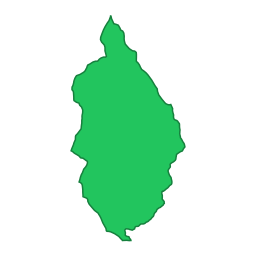 Shermung, Mongar, Bhutan (Natural Earth projection)
{"feature_id": "84629894B23969892621665", "entity_name": "Shermung", "entity_type": "district", "adm_level": 2, "iso_a3": "BTN", "parent_name": "Bhutan", "parent_adm1": "Mongar", "projection": "natural_earth1", "projection_center": [91.364, 27.466], "detail": "fine", "context": "isolated", "style": "filled", "palette": "green", "viewbox_px": 256, "rotation_deg": 0, "n_neighbors": 0, "source": "geoboundaries", "source_scale": "gbopen_adm2", "svg_char_len": 5140}
<svg xmlns="http://www.w3.org/2000/svg" viewBox="0 0 256 256"><path d="M163.4,191.2L163.5,191.0L164.5,190.5L165.9,189.2L166.3,188.9L167.9,187.7L169.7,185.5L171.2,184.5L171.7,183.8L171.9,182.1L171.8,181.0L171.3,178.9L171.1,177.7L170.6,176.8L169.5,175.3L169.1,174.3L168.4,172.3L168.1,171.3L168.1,170.4L168.4,169.8L168.8,169.0L169.2,168.5L169.6,167.9L170.2,167.2L170.3,166.8L170.3,166.3L170.2,165.3L170.1,164.7L170.2,164.1L171.5,162.9L173.0,162.1L174.0,161.4L175.2,160.3L175.6,159.7L175.9,158.8L175.9,157.9L176.2,156.7L176.4,155.2L176.6,154.4L177.3,153.8L178.6,152.9L179.9,152.0L180.9,151.5L182.1,151.1L182.5,150.7L183.4,148.9L184.2,147.8L184.9,147.0L184.9,146.7L184.7,145.9L184.5,144.9L184.2,143.9L183.8,143.1L183.0,142.0L182.2,140.5L181.6,139.3L180.9,138.3L180.5,137.9L180.4,137.3L180.4,136.9L180.3,136.3L180.1,135.6L179.9,134.8L179.7,133.5L179.8,132.6L179.8,131.7L179.9,131.0L180.0,129.8L179.8,129.2L179.7,128.3L179.6,127.9L179.5,126.3L179.5,124.7L179.4,123.8L179.3,123.5L178.4,122.4L177.8,121.4L176.7,120.4L175.7,120.2L174.8,119.7L173.9,118.9L173.7,118.2L173.5,116.7L173.6,115.0L173.1,113.3L172.8,112.2L172.5,110.6L172.6,108.5L172.2,107.6L171.6,106.3L170.8,104.5L169.1,104.9L167.5,104.5L165.8,103.7L164.6,102.5L163.8,101.5L162.1,99.5L158.8,95.0L157.5,91.4L157.2,88.8L155.0,85.7L151.7,80.1L149.2,76.7L147.9,74.9L146.2,73.0L144.1,71.2L141.7,69.5L140.4,67.2L139.5,65.1L138.1,63.0L136.4,61.4L136.3,60.3L136.4,57.2L136.4,54.2L136.2,52.4L134.7,51.1L132.5,50.8L129.3,48.7L127.5,46.7L125.2,44.0L124.4,41.1L124.1,38.9L124.2,36.1L123.8,33.1L122.7,31.1L120.7,30.0L120.0,28.2L118.3,25.2L116.3,24.4L113.8,23.7L113.1,22.1L111.5,18.6L111.2,17.0L110.6,15.4L110.5,16.7L109.8,18.5L109.1,20.5L107.4,22.9L105.1,26.7L103.5,29.9L102.0,33.7L100.7,37.3L100.5,39.6L101.6,42.0L104.3,45.0L105.0,47.4L105.0,50.8L105.9,54.2L106.4,56.4L105.6,57.1L103.4,57.1L100.8,58.1L99.2,59.3L98.0,60.8L97.4,61.2L95.5,61.2L93.0,62.0L89.9,64.0L87.8,65.0L87.2,66.2L86.8,67.7L86.0,69.1L85.3,70.5L84.6,71.4L83.8,72.1L82.8,72.8L81.5,73.5L80.3,74.3L79.3,74.7L77.8,75.2L76.5,75.7L75.7,76.9L75.0,78.1L74.4,79.7L73.9,81.2L73.7,82.7L73.3,84.2L72.9,85.6L72.1,87.0L72.0,88.3L72.0,89.1L72.0,89.7L72.2,90.0L73.2,91.2L73.5,92.6L73.6,94.3L73.8,97.1L73.8,99.2L74.0,100.6L74.6,100.9L75.1,101.4L76.2,102.1L77.3,102.6L78.4,102.9L79.0,103.2L79.2,103.6L79.4,104.5L79.8,105.3L80.5,106.0L81.5,107.0L81.8,107.7L82.1,108.5L82.5,109.3L82.7,110.3L82.7,111.3L82.6,113.1L82.3,114.3L82.1,115.3L82.0,116.6L82.1,118.3L81.8,120.4L81.8,122.7L81.8,123.1L81.5,124.9L81.3,126.7L81.2,128.2L80.9,129.2L80.1,130.2L77.4,133.8L76.3,134.9L75.8,135.5L75.5,136.3L75.4,138.8L75.4,139.6L75.0,140.5L74.2,142.3L73.8,143.3L73.5,144.6L72.3,147.5L71.7,149.0L71.1,150.8L72.1,151.3L73.0,151.9L74.0,152.9L74.3,153.1L75.4,153.8L77.0,154.7L78.3,155.5L79.4,156.3L80.1,157.3L80.6,157.8L81.3,158.0L82.3,158.1L83.2,158.3L84.2,159.1L85.2,159.8L86.4,160.7L87.3,161.3L87.5,162.0L87.2,164.0L86.8,165.0L85.9,166.6L84.4,168.4L83.7,169.2L83.3,170.4L82.3,173.0L81.4,174.5L80.6,176.7L80.3,177.7L79.8,179.9L79.7,180.1L79.3,181.3L79.1,182.0L80.1,182.4L81.2,183.2L81.7,183.8L82.1,184.6L82.3,185.5L82.6,187.9L82.8,190.1L82.8,192.0L82.9,193.7L83.0,195.1L83.0,196.7L83.2,196.8L85.3,197.6L86.7,198.2L87.7,199.4L87.9,201.5L89.2,204.2L94.5,210.4L98.1,213.1L98.8,214.4L99.9,216.1L101.0,218.3L102.8,222.8L106.0,228.5L106.1,229.2L106.3,230.6L106.5,231.0L107.0,231.3L108.7,231.4L110.6,231.8L114.7,233.7L118.8,236.4L120.9,238.8L122.2,240.0L122.4,240.5L124.7,240.4L126.7,240.3L128.4,240.5L129.2,240.6L130.9,240.5L130.8,240.1L130.6,239.4L130.3,239.1L129.8,238.7L129.4,238.0L129.1,237.1L128.8,236.7L128.2,236.6L127.3,236.4L126.6,236.3L126.1,235.9L125.6,235.5L125.2,235.1L125.3,234.7L125.3,234.0L125.4,233.3L125.4,232.6L125.3,232.3L125.1,231.6L124.9,231.0L124.8,230.4L124.9,230.1L125.1,229.6L125.6,229.1L126.2,228.8L126.6,228.9L127.1,228.9L127.8,229.0L128.5,229.0L129.4,229.4L129.7,229.5L130.1,229.6L131.0,229.8L131.7,230.0L132.1,230.1L132.3,230.1L132.6,230.0L132.9,229.8L133.5,229.4L133.9,229.2L134.2,229.1L134.6,228.9L134.8,228.0L134.9,227.6L135.2,227.0L135.5,226.7L136.0,226.5L136.7,226.4L137.5,226.4L138.0,226.3L138.4,226.2L139.4,225.4L139.7,225.1L139.9,224.7L140.5,224.2L140.9,224.0L141.3,224.0L141.8,224.0L142.1,224.0L142.8,223.9L143.3,223.9L143.6,223.9L144.4,223.6L144.8,223.4L145.1,223.2L146.1,222.3L146.4,222.1L146.7,222.0L147.4,221.8L147.8,221.6L148.3,221.2L148.8,220.8L149.0,220.5L149.4,220.0L149.7,219.8L150.5,219.5L150.7,219.1L151.2,218.7L151.5,218.3L151.7,217.9L152.3,217.3L152.9,216.8L153.6,215.9L153.7,215.6L153.9,214.8L154.1,214.0L154.4,213.5L154.8,212.9L155.1,212.5L155.3,212.3L155.8,211.9L156.0,211.6L156.1,211.4L156.4,211.1L156.5,210.8L156.7,210.2L156.9,209.6L157.5,209.0L158.1,208.6L158.8,208.0L159.5,207.7L160.3,207.4L160.6,207.1L161.4,206.5L162.0,206.0L162.2,205.8L162.5,205.6L162.9,205.3L163.2,205.0L163.7,204.0L164.0,203.6L164.3,203.4L164.2,202.5L164.1,201.6L164.1,201.4L163.9,201.2L163.6,200.8L163.4,200.6L163.2,200.3L162.2,199.1L162.2,198.4L162.3,197.4L162.3,196.6L162.3,195.8L162.3,195.3L162.2,194.8L161.9,194.3L161.8,193.8L161.8,193.3L161.9,192.8L162.0,191.7L162.5,191.2L163.4,191.2Z" fill="#22c55e" stroke="#15803d" stroke-width="1.5"/></svg>